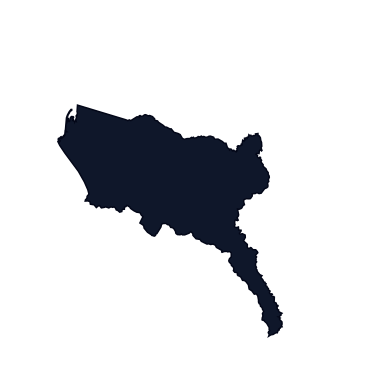 the district of Tumbes, Tumbes, Peru, rotated 301°
{"feature_id": "86281439B11077659062931", "entity_name": "Tumbes", "entity_type": "district", "adm_level": 2, "iso_a3": "PER", "parent_name": "Peru", "parent_adm1": "Tumbes", "projection": "robinson", "projection_center": [-80.432, -3.859], "detail": "fine", "context": "isolated", "style": "filled", "palette": "ink", "viewbox_px": 384, "rotation_deg": 301, "n_neighbors": 0, "source": "geoboundaries", "source_scale": "gbopen_adm2", "svg_char_len": 6087}
<svg xmlns="http://www.w3.org/2000/svg" viewBox="0 0 384 384"><g transform="rotate(301 192 192)"><path d="M107.9,332.0L110.1,333.1L111.7,334.9L114.6,336.4L115.2,337.6L118.0,337.1L118.7,337.8L119.6,337.1L120.8,337.7L122.3,337.8L122.9,338.6L123.6,337.7L124.6,337.1L125.1,337.3L127.0,336.0L127.9,332.7L128.7,332.2L129.4,332.5L129.4,330.3L130.3,331.2L131.3,331.1L132.1,331.7L132.7,331.2L134.4,331.6L134.1,328.5L134.7,327.3L135.5,327.0L135.4,325.6L137.7,323.8L138.4,324.5L138.9,324.3L139.0,323.9L138.6,323.7L138.8,322.6L140.1,321.4L140.0,319.0L143.0,317.5L143.2,317.1L144.3,316.8L144.5,315.9L144.0,314.9L143.9,313.3L144.4,313.1L145.6,313.6L145.9,312.9L145.1,311.9L145.1,310.8L145.8,310.1L146.9,310.1L147.4,309.7L147.4,307.9L148.5,307.3L149.1,305.4L149.7,304.9L149.7,303.1L151.5,302.8L151.5,302.0L152.2,300.9L151.9,299.8L153.2,298.0L154.1,295.3L154.8,294.8L156.3,295.1L156.1,292.7L156.9,290.3L157.6,288.7L158.7,287.8L159.3,286.4L159.8,285.9L160.7,286.0L161.6,284.4L163.6,283.2L165.4,283.4L166.0,282.0L167.0,281.8L168.2,280.8L169.6,280.8L170.0,279.6L170.7,279.0L173.8,279.7L174.5,278.8L175.3,276.4L173.9,273.8L174.7,271.7L174.6,270.9L173.5,270.4L172.5,269.1L173.2,267.8L175.6,266.4L176.6,261.3L180.5,261.1L182.5,259.7L182.2,256.6L180.8,255.3L180.7,254.3L181.2,253.9L183.5,254.2L184.5,253.8L183.5,251.5L185.9,249.8L184.5,248.5L183.9,246.7L184.5,246.0L186.3,245.6L187.4,244.5L189.7,243.4L190.4,243.6L190.9,245.7L191.7,246.1L193.2,243.9L195.4,244.1L196.6,243.6L200.8,239.8L201.4,241.2L203.0,242.5L204.0,242.9L206.6,242.7L208.1,243.5L210.1,241.4L212.1,240.4L214.2,241.9L215.6,244.5L216.5,245.5L219.6,245.7L221.4,244.5L223.4,247.1L224.9,247.9L225.2,250.3L226.6,251.9L232.2,252.5L234.1,253.9L235.5,254.3L236.6,253.8L238.8,252.0L240.5,252.4L241.9,251.1L244.4,250.7L245.5,249.8L246.4,248.2L247.9,247.3L248.8,244.9L249.9,243.7L250.7,239.6L252.0,239.0L253.3,235.6L255.0,235.3L255.6,233.8L256.9,232.9L256.9,232.3L255.6,232.2L255.5,230.7L256.1,229.7L257.0,229.4L257.3,227.4L258.4,227.5L259.4,229.7L261.8,228.6L262.9,228.6L263.4,229.3L263.0,230.4L263.6,230.6L265.5,228.4L267.1,228.3L270.4,226.0L271.6,224.4L273.7,222.7L274.7,220.7L274.3,219.7L276.1,218.4L274.5,216.5L273.7,217.2L272.6,216.6L272.3,215.9L270.6,214.6L270.5,214.1L271.0,213.3L270.2,212.1L270.3,211.3L269.9,211.5L269.9,212.2L268.8,211.6L267.9,212.0L267.3,211.2L266.5,211.7L266.4,210.7L265.1,209.3L264.3,209.8L264.7,210.6L264.6,210.9L263.3,210.3L262.5,210.4L262.5,208.8L259.2,210.1L258.5,209.7L258.5,210.4L258.0,210.6L256.1,209.3L255.4,207.7L254.4,207.3L253.4,208.5L252.4,208.1L251.4,209.1L250.6,208.8L250.0,209.4L249.1,209.1L249.3,208.0L249.0,207.3L249.3,206.4L249.0,205.9L248.2,205.9L248.1,205.4L248.9,203.4L248.6,202.8L247.3,202.5L248.2,201.3L248.1,199.7L251.3,196.0L250.4,194.7L250.9,191.9L250.8,187.1L249.1,184.6L249.2,183.7L250.1,182.3L249.4,179.1L248.6,177.9L246.8,176.8L245.9,175.4L245.7,173.5L244.7,172.9L244.7,171.1L243.4,170.6L242.7,168.7L241.7,168.5L239.2,166.4L239.7,165.1L238.4,164.0L238.5,163.4L236.8,162.7L235.2,160.2L233.1,158.2L233.0,156.1L235.1,152.3L235.0,150.0L233.9,145.8L235.4,141.6L234.7,140.5L234.5,136.9L233.8,135.5L234.3,132.7L234.5,127.4L235.2,125.9L234.5,123.7L234.8,122.5L235.7,122.0L235.7,120.7L236.3,119.5L235.8,116.4L234.7,115.2L234.4,112.5L233.6,111.5L231.6,110.7L230.6,109.2L230.8,108.2L230.3,107.6L229.4,108.3L228.6,108.3L228.8,107.3L228.0,106.0L221.7,102.8L221.5,101.1L220.2,100.3L219.8,97.9L207.5,49.1L201.6,52.1L200.9,52.9L199.5,53.6L197.4,53.5L197.2,54.0L197.6,54.2L194.0,55.2L192.9,56.3L192.9,55.2L191.6,55.4L192.1,54.9L191.9,53.8L192.7,53.3L192.2,52.9L193.4,52.7L193.4,51.8L195.2,52.0L195.4,51.3L194.6,49.8L193.4,49.5L189.4,50.7L188.9,50.0L189.5,49.3L191.5,48.2L191.3,47.7L189.8,47.7L190.2,47.4L189.7,47.5L189.1,48.4L188.2,48.9L185.9,49.2L187.7,48.4L188.8,48.4L189.9,47.0L191.3,46.9L192.1,46.2L193.4,46.0L193.5,46.4L194.6,45.9L195.5,46.2L198.5,46.0L198.9,46.3L199.1,45.9L200.2,46.8L200.8,46.4L200.5,45.8L197.6,45.4L193.7,45.6L190.9,46.2L180.7,51.2L179.1,52.7L179.1,53.6L178.4,52.8L180.1,51.3L175.9,53.3L172.6,52.7L173.9,53.3L176.0,53.5L174.2,53.8L171.0,52.9L170.0,51.9L171.5,52.5L171.6,52.4L168.9,50.9L167.9,52.0L168.0,52.7L167.7,52.7L168.0,51.2L168.7,50.6L172.6,51.7L171.8,51.2L168.8,50.4L168.9,50.0L168.3,50.1L167.2,52.6L166.0,52.7L166.6,51.0L166.2,51.0L163.8,54.7L159.9,63.0L151.2,84.0L145.2,94.6L140.3,101.5L137.5,104.4L136.8,104.7L134.3,104.3L132.4,105.2L130.4,104.7L129.2,105.1L130.6,107.1L131.2,109.1L130.8,109.8L129.2,111.2L130.6,114.7L129.4,118.0L132.2,119.0L132.7,119.7L131.7,122.5L133.9,125.0L134.8,125.5L135.5,128.9L137.5,130.1L138.0,131.9L139.2,133.0L138.8,134.7L137.6,136.4L138.0,137.6L137.5,140.4L139.1,141.9L139.9,141.4L141.3,141.4L142.4,142.9L144.3,141.9L145.5,142.9L146.8,142.9L147.0,143.3L147.1,146.3L146.3,147.8L146.0,151.7L146.2,154.9L147.5,158.1L146.0,160.6L145.7,162.4L145.1,162.7L138.6,163.3L138.5,167.0L137.8,168.4L136.4,169.5L134.6,174.6L134.4,179.4L134.1,179.9L134.7,180.9L134.4,181.3L135.0,182.7L136.3,183.0L137.4,182.7L138.3,183.3L145.9,183.4L148.1,182.7L149.3,182.8L149.9,183.1L151.7,186.0L151.4,187.7L151.9,188.7L151.8,190.0L150.7,192.0L151.4,193.5L151.2,195.4L149.9,197.9L148.2,199.6L148.0,201.4L149.2,203.8L150.5,204.6L150.3,205.8L151.6,207.9L155.2,210.7L157.5,211.4L156.8,214.1L155.3,215.2L154.0,219.6L155.5,223.3L154.5,225.5L155.1,231.7L156.2,232.9L156.6,235.0L158.2,236.9L158.4,239.4L157.1,241.5L157.3,247.8L155.9,248.3L155.8,248.8L157.6,250.3L158.9,252.2L159.1,253.5L160.2,254.7L160.3,255.9L159.8,257.1L156.7,259.0L153.8,258.5L151.9,259.0L151.1,260.1L150.4,262.8L149.3,263.7L149.1,265.4L148.6,266.4L147.6,267.5L145.9,268.0L145.2,269.9L145.8,271.5L145.8,273.0L144.4,273.5L144.0,274.8L144.4,275.7L144.2,277.8L142.3,280.8L143.1,282.4L143.0,284.3L141.5,288.1L138.2,291.0L138.1,294.2L136.5,298.0L137.7,299.5L137.7,300.1L136.6,302.1L133.6,304.7L131.9,305.7L130.9,307.1L130.9,308.3L129.4,309.5L129.0,311.7L127.8,312.8L126.6,315.0L124.1,315.0L122.2,316.7L120.4,317.0L118.5,317.9L118.6,319.0L119.2,319.9L118.6,320.6L118.0,323.6L115.5,328.1L114.0,328.8L113.1,330.0L111.8,329.6L110.7,329.8L109.5,331.7L107.9,332.0Z" fill="#0f172a" stroke="#020617" stroke-width="1.5"/></g></svg>